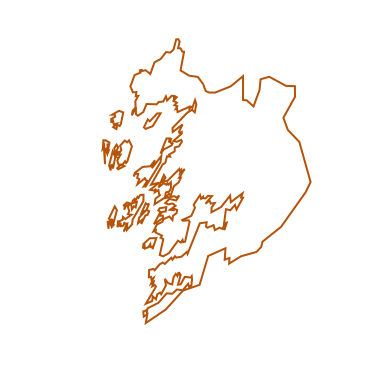 the district of Flatanger nor, Nord-Trøndelag, Norway, rotated 294°
{"feature_id": "86288312B80976394887598", "entity_name": "Flatanger nor", "entity_type": "district", "adm_level": 2, "iso_a3": "NOR", "parent_name": "Norway", "parent_adm1": "Nord-Trøndelag", "projection": "robinson", "projection_center": [10.814, 64.447], "detail": "fine", "context": "isolated", "style": "outline", "palette": "amber", "viewbox_px": 384, "rotation_deg": 294, "n_neighbors": 0, "source": "geoboundaries", "source_scale": "gbopen_adm2", "svg_char_len": 6102}
<svg xmlns="http://www.w3.org/2000/svg" viewBox="0 0 384 384"><g transform="rotate(294 192 192)"><path d="M249.3,296.3L281.4,269.7L287.7,254.3L297.0,245.3L320.8,247.4L330.5,243.0L327.2,234.7L328.7,215.7L322.9,208.8L312.6,212.2L295.2,213.4L298.0,204.7L296.8,201.2L318.6,191.5L304.3,184.4L292.4,172.9L289.8,167.1L289.9,163.3L295.1,158.3L299.5,150.6L297.1,142.0L298.4,132.1L316.9,127.7L316.3,126.1L318.6,123.1L317.7,120.8L324.5,119.5L326.0,117.3L325.0,115.5L314.6,117.2L310.5,115.4L309.3,111.4L300.8,109.3L295.2,105.0L282.8,105.9L284.4,100.0L281.4,96.3L282.8,96.2L282.0,94.9L280.0,96.3L275.5,92.0L263.4,92.8L259.0,97.5L260.7,100.6L256.6,101.6L257.9,103.8L251.9,103.3L246.4,106.1L242.0,104.8L237.5,105.9L246.4,106.4L240.3,109.1L239.6,111.5L245.3,115.0L253.9,114.7L257.7,124.0L260.7,125.0L262.9,128.9L268.7,129.3L265.5,132.0L271.8,134.4L272.3,136.6L270.3,137.4L272.6,137.7L272.4,139.5L267.7,138.0L267.4,141.9L264.2,140.6L264.4,143.7L261.0,143.4L261.8,144.6L259.1,146.3L268.8,154.9L266.8,155.9L269.5,156.5L269.0,158.1L277.2,157.4L273.8,160.3L265.9,162.1L267.1,158.7L262.5,155.4L242.4,148.2L239.0,150.0L249.9,155.9L241.7,155.6L240.8,156.6L242.7,158.2L241.3,158.9L231.1,154.3L231.6,157.5L235.2,160.9L234.1,162.3L228.6,161.6L225.7,158.2L222.0,159.6L216.9,155.9L215.4,157.7L214.5,154.7L207.7,155.7L205.3,154.0L182.0,151.7L187.3,158.3L177.0,152.9L177.9,156.9L180.3,157.7L176.7,158.2L180.1,160.5L175.9,163.4L176.7,164.4L171.0,161.3L165.6,162.8L175.9,169.5L180.9,168.3L183.3,171.1L187.2,171.1L192.3,168.7L189.3,167.6L190.2,165.9L188.3,165.9L188.5,162.5L182.5,159.5L196.1,159.4L194.3,162.0L189.1,160.6L192.5,165.2L207.8,171.0L206.6,171.9L208.0,172.9L204.6,173.5L210.1,176.0L199.8,174.4L200.6,176.0L195.3,175.9L189.9,173.1L180.1,174.0L181.1,171.5L175.8,170.4L181.0,177.6L180.6,180.1L183.6,181.9L177.8,181.0L176.5,174.2L171.0,172.1L171.1,175.5L173.6,178.9L172.7,182.6L166.8,179.1L168.0,182.8L169.4,182.0L169.6,185.7L166.4,186.5L162.6,184.3L158.4,185.5L160.4,181.3L155.5,176.9L152.7,177.1L148.1,173.2L140.4,172.8L142.4,174.5L140.2,175.1L139.9,182.4L137.4,181.9L137.3,184.9L121.3,188.2L121.5,191.8L126.8,195.8L141.8,199.0L141.3,202.4L144.4,202.9L142.6,204.3L143.8,205.9L163.9,201.9L164.8,200.5L162.0,195.2L162.4,194.4L169.9,201.1L178.8,201.1L181.1,198.7L192.4,200.6L189.5,203.0L191.9,204.0L190.6,204.4L191.8,206.9L195.1,208.2L196.3,211.9L186.7,209.0L191.3,211.5L189.1,213.8L191.2,217.3L185.8,216.2L181.4,218.0L190.1,224.7L204.2,228.3L198.5,231.6L211.4,238.7L206.9,239.1L207.6,240.9L194.1,239.8L197.7,236.5L191.0,234.5L190.1,230.0L176.3,234.1L178.2,236.2L170.4,237.1L174.6,234.9L170.7,234.8L170.6,231.6L166.5,228.4L170.5,225.2L165.7,220.7L166.0,218.9L170.3,217.7L166.6,211.9L133.7,213.1L135.2,211.7L128.7,208.7L125.6,204.3L126.4,202.6L122.2,201.7L123.5,199.7L115.2,196.4L115.7,194.0L112.8,191.9L105.3,189.7L106.0,188.1L103.4,184.5L96.6,187.3L97.8,189.0L95.6,190.5L97.9,191.8L91.6,191.9L94.3,193.5L89.7,194.1L91.9,195.6L90.9,197.6L71.2,195.3L76.2,200.0L80.7,198.6L79.3,202.7L84.6,201.9L87.1,203.7L86.0,205.4L96.0,206.2L101.6,202.5L99.0,207.3L99.5,211.5L106.6,209.8L110.6,210.5L109.3,212.8L111.8,212.5L111.3,214.1L113.5,212.6L111.6,215.4L101.6,216.9L103.0,219.2L111.5,219.9L113.4,225.8L114.9,226.0L112.4,227.5L106.4,229.4L104.4,227.8L106.6,225.8L98.5,223.5L96.8,217.9L91.1,215.4L89.1,210.1L77.1,206.4L67.7,198.7L63.6,199.7L65.2,198.2L63.1,196.1L58.5,198.6L62.2,200.9L53.5,203.1L73.9,215.8L98.2,223.8L110.3,236.7L140.2,232.8L154.2,245.5L143.5,249.4L147.0,253.1L141.7,255.0L153.3,263.0L163.4,275.2L169.9,277.6L175.3,276.6L196.3,287.5L237.8,295.9L249.3,296.3ZM156.0,136.9L151.4,134.7L152.8,136.0L148.2,137.3L152.6,137.2L155.6,140.1L152.5,139.4L148.9,142.5L145.7,142.5L146.6,146.0L140.1,142.1L141.1,139.1L138.6,140.0L134.8,136.7L136.0,136.1L129.5,138.2L134.6,138.5L130.9,140.2L135.0,139.1L131.8,141.0L133.4,143.1L137.3,142.5L135.1,143.0L136.9,145.6L128.0,145.6L134.4,146.6L130.9,148.0L138.1,150.4L142.6,149.0L163.9,151.3L169.8,148.8L168.1,145.9L164.8,145.5L165.4,144.2L160.4,143.7L162.2,142.3L160.0,141.4L157.4,142.0L160.6,145.6L155.0,146.8L155.3,144.7L151.7,144.2L156.5,141.1L156.0,136.9ZM186.3,132.0L182.4,132.4L185.6,132.7L186.7,135.5L182.5,136.2L182.4,138.6L176.8,139.0L186.2,143.8L184.4,143.6L184.0,146.5L177.6,145.7L178.6,146.8L177.2,147.3L206.3,151.1L212.4,149.3L197.4,145.7L205.9,145.2L198.6,143.5L194.8,136.7L186.3,132.0ZM211.7,109.7L205.1,107.5L201.6,110.4L196.1,109.6L197.1,111.5L190.5,110.9L187.1,113.7L188.3,116.0L183.3,114.0L182.7,115.4L188.1,119.7L188.0,117.3L192.9,118.3L191.7,119.9L193.6,120.5L209.3,118.5L213.5,113.5L211.0,112.5L211.7,109.7ZM236.5,92.3L230.2,87.7L231.2,90.0L229.6,91.2L225.9,88.5L222.5,90.0L225.9,90.1L222.1,93.0L223.9,95.5L219.2,93.6L218.8,97.3L223.0,96.3L222.9,99.1L225.1,99.4L236.7,96.8L236.5,92.3ZM240.3,122.1L231.5,121.8L230.8,123.9L236.1,129.3L251.1,131.3L249.6,128.2L239.4,124.7L240.3,122.1ZM163.0,154.3L152.6,154.4L156.9,157.6L147.1,154.1L141.5,155.4L146.6,157.9L142.1,158.7L151.6,158.9L152.9,160.7L157.1,160.6L157.0,157.7L164.1,157.5L162.3,156.8L163.0,154.3ZM124.7,168.8L120.4,170.2L123.5,170.6L121.2,172.0L123.9,174.6L127.4,175.1L124.9,176.5L126.3,178.3L123.6,179.2L135.4,178.1L132.5,172.2L124.7,168.8ZM196.9,103.0L182.4,105.5L178.6,109.1L182.8,107.0L184.1,107.9L181.3,110.3L192.6,107.7L193.1,109.1L194.0,106.8L195.1,107.9L198.4,108.2L197.4,106.5L203.0,106.2L204.6,103.8L200.3,103.2L195.1,107.1L194.0,106.2L196.9,103.0ZM147.4,127.3L133.1,126.9L134.1,127.4L132.1,129.3L130.5,127.1L124.4,130.7L127.9,129.3L135.1,130.0L129.2,131.0L127.3,132.9L130.2,133.8L130.7,131.5L132.3,131.2L134.5,131.1L131.2,133.0L144.8,130.8L147.4,127.3ZM230.5,146.9L214.3,147.6L219.5,149.0L226.2,154.4L229.5,154.6L227.9,153.9L228.7,151.7L232.8,151.3L227.8,150.7L231.9,149.8L230.5,146.9ZM204.1,89.7L196.9,92.4L198.9,92.8L196.3,94.2L196.5,92.6L194.7,93.0L196.3,93.7L182.0,101.2L193.2,95.9L198.3,96.5L193.9,97.7L192.1,99.3L196.8,99.0L196.9,97.0L198.1,97.2L201.7,95.0L199.6,97.4L203.6,96.5L204.1,92.0L202.8,90.5L204.1,89.7ZM163.9,169.0L161.4,168.8L161.0,171.3L147.2,170.3L156.6,176.2L158.5,175.0L156.9,171.5L161.6,172.8L163.6,175.9L167.7,174.7L163.9,169.0Z" fill="none" stroke="#b45309" stroke-width="2"/></g></svg>